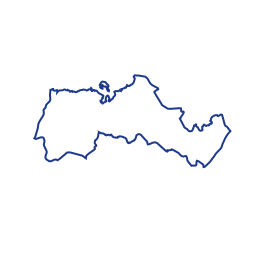 the border of Northern Ostrobothnia, rotated 56°
{"feature_id": "FIN-3180", "entity_name": "Northern Ostrobothnia", "entity_type": "Province", "adm_level": 1, "iso_a3": "FIN", "parent_name": "Finland", "parent_adm1": "", "projection": "orthographic", "projection_center": [26.371, 64.957], "detail": "fine", "context": "isolated", "style": "outline", "palette": "blue", "viewbox_px": 256, "rotation_deg": 56, "n_neighbors": 0, "source": "natural_earth", "source_scale": "10m", "svg_char_len": 5670}
<svg xmlns="http://www.w3.org/2000/svg" viewBox="0 0 256 256"><g transform="rotate(56 128 128)"><path d="M187.9,44.9L188.1,45.9L188.6,47.8L189.2,49.6L190.6,52.7L194.1,58.5L196.1,61.0L196.8,62.4L197.3,64.6L198.2,68.8L198.5,69.8L199.5,72.1L199.8,72.9L200.7,75.7L201.6,78.0L201.9,79.0L202.8,84.1L203.0,85.4L203.0,86.6L202.7,87.2L201.9,86.9L200.4,86.1L195.1,88.1L193.7,89.2L194.5,90.3L196.3,91.5L197.0,92.6L196.8,93.3L195.1,95.7L194.8,96.5L189.2,97.0L187.6,96.7L186.0,95.9L184.4,95.5L183.6,95.6L182.5,98.3L180.7,99.5L176.9,100.1L170.8,103.2L170.1,103.8L170.4,104.4L170.2,104.9L169.5,106.3L169.0,107.2L168.7,107.5L169.3,107.7L169.4,107.8L169.5,108.7L168.1,109.5L157.1,112.2L155.9,112.8L154.8,113.9L154.0,115.9L153.7,117.3L153.5,118.6L153.2,119.8L152.8,120.6L152.2,120.7L150.0,119.8L140.6,121.2L139.3,122.2L138.8,123.3L138.8,125.1L140.0,126.4L141.1,127.9L141.4,128.6L141.2,129.1L141.3,129.3L141.8,129.7L141.7,130.2L141.5,131.5L141.3,132.8L141.4,133.3L141.5,133.9L141.4,134.5L140.9,135.0L141.2,135.2L140.8,136.1L140.2,136.3L139.3,136.4L136.5,135.6L135.0,135.7L132.1,137.5L130.6,139.1L130.1,139.8L129.8,140.9L130.2,140.9L130.2,141.2L130.1,142.3L129.7,142.9L129.3,143.2L127.8,145.0L126.9,145.4L124.0,145.7L123.9,146.1L124.0,146.6L124.0,147.0L123.7,147.5L123.4,147.6L122.9,147.8L122.5,148.1L122.3,148.9L122.0,149.6L121.4,150.0L121.7,150.3L121.4,150.6L119.5,151.1L118.9,151.4L117.3,153.2L116.9,153.4L116.2,153.8L116.3,153.8L116.3,154.2L116.1,154.5L115.6,155.0L116.2,155.6L118.5,157.8L119.7,159.8L119.9,160.9L119.9,162.2L121.3,163.6L121.9,164.0L122.8,164.1L124.4,164.0L124.8,164.1L125.1,164.5L125.0,166.0L125.2,166.5L125.9,166.8L126.8,167.0L127.1,168.0L127.3,175.0L127.6,177.3L127.9,178.4L129.6,179.8L125.3,181.4L115.7,189.8L114.2,192.4L114.5,193.8L115.4,202.6L115.3,204.5L114.3,205.0L113.7,205.5L113.2,206.5L113.0,207.3L112.6,209.9L112.4,210.5L111.6,211.8L108.9,213.0L107.5,213.3L106.0,212.8L104.9,211.8L103.0,209.2L101.7,208.4L95.7,207.5L94.5,206.9L92.4,204.7L91.2,204.1L89.3,203.6L88.3,203.8L87.3,204.9L86.5,207.0L86.1,209.1L85.4,210.7L84.1,211.4L83.5,209.9L77.9,203.1L74.5,200.0L73.0,197.6L70.3,191.5L69.4,190.1L68.1,189.2L66.1,188.1L65.4,187.2L65.4,186.7L65.0,184.9L64.3,184.3L63.2,183.0L62.8,181.9L62.3,179.4L62.1,178.0L60.8,176.3L57.1,174.3L53.0,171.0L53.4,170.4L53.4,169.5L53.5,168.7L53.8,168.3L54.3,168.7L54.7,168.8L55.8,168.2L56.2,167.8L56.4,167.3L56.9,165.6L57.4,165.7L58.4,166.4L58.9,166.8L58.5,165.5L58.5,164.7L58.6,163.8L59.0,163.0L59.7,162.0L60.1,161.2L60.4,159.5L60.6,159.0L61.2,158.5L62.2,158.1L62.6,157.6L62.6,156.7L63.1,156.7L63.4,156.6L63.6,156.1L64.7,155.6L65.6,155.7L65.7,154.5L65.8,154.1L65.9,153.7L66.2,153.6L66.9,153.8L67.2,153.6L67.3,153.2L67.5,152.5L67.6,152.3L68.1,151.9L68.6,151.7L69.0,151.4L69.5,150.5L69.5,150.1L69.4,149.6L69.4,149.1L69.8,148.7L69.9,148.3L69.8,147.9L69.7,147.8L69.9,146.6L70.1,146.0L70.8,144.8L71.2,143.4L71.6,143.1L72.3,142.2L73.3,141.6L73.8,141.2L74.2,140.3L73.9,139.5L73.9,139.2L74.2,138.6L75.2,137.7L74.4,136.8L74.1,136.3L74.6,136.1L75.1,136.2L76.9,137.3L77.2,137.3L77.4,137.0L77.4,136.7L77.1,136.3L77.1,136.0L77.3,135.1L77.7,134.8L78.7,134.8L78.9,133.7L79.7,133.1L82.7,132.8L86.9,130.5L87.4,130.4L87.8,130.6L88.2,131.7L88.5,132.3L89.1,132.1L89.3,132.3L89.5,133.6L89.9,134.3L90.2,134.7L90.6,134.9L91.2,135.0L91.2,135.4L90.8,135.4L90.4,135.7L91.2,136.1L93.4,135.4L93.6,135.2L93.3,134.2L93.4,133.7L93.8,131.6L93.6,130.9L93.3,130.9L93.0,131.1L92.7,131.2L92.4,131.0L91.7,130.2L90.8,129.8L90.4,129.3L89.7,127.7L90.2,127.0L90.0,126.6L90.4,126.4L92.8,126.8L93.2,127.2L94.0,128.2L94.6,128.6L95.1,128.8L95.5,128.6L95.6,127.8L95.5,127.1L95.2,126.6L95.0,126.0L95.2,125.2L95.0,124.6L95.0,124.3L95.1,124.0L94.2,122.8L94.1,122.3L94.1,121.7L94.0,121.3L93.7,120.6L93.0,119.8L90.3,119.0L90.5,117.8L90.7,117.2L91.5,116.3L91.8,115.9L92.1,115.3L92.2,114.5L92.0,113.7L92.6,113.7L93.2,113.3L92.5,113.0L92.7,112.1L92.9,111.8L92.5,111.5L92.1,111.4L92.4,110.9L92.8,109.1L93.1,108.4L92.8,107.6L93.1,107.4L93.4,106.9L91.9,104.9L92.2,104.7L92.8,104.7L93.2,104.5L94.0,103.1L93.7,102.1L94.1,100.1L93.9,99.1L93.3,97.8L92.6,96.8L91.0,94.9L90.5,94.6L89.8,94.7L89.3,94.8L88.8,94.7L88.3,93.8L88.1,93.0L88.8,92.2L90.4,89.9L95.0,85.1L97.7,84.2L103.5,84.6L106.1,83.9L111.9,80.9L112.7,81.2L112.6,83.4L112.6,84.9L112.7,85.8L113.3,86.2L128.2,86.9L134.1,84.3L135.6,82.5L140.7,73.7L141.4,73.1L143.8,74.5L144.2,74.5L144.7,74.2L145.2,73.0L146.1,72.9L147.2,74.5L148.1,77.0L148.6,78.1L149.2,79.0L149.1,79.7L158.9,80.8L159.9,80.6L162.0,79.6L164.1,79.4L165.1,78.8L165.9,77.6L166.1,76.7L165.6,75.3L163.7,72.7L163.2,72.2L162.8,71.6L162.9,71.4L163.2,71.2L163.0,69.9L163.0,69.7L163.6,69.7L163.7,69.8L163.6,70.4L164.1,70.6L164.6,70.5L166.6,69.8L169.5,70.1L170.5,69.7L170.9,69.3L171.3,68.4L171.2,67.2L170.5,67.1L169.8,66.7L168.4,65.6L168.6,65.1L168.0,64.0L167.7,63.2L168.0,62.8L169.0,62.6L169.7,62.3L170.0,62.0L170.1,61.2L170.2,60.8L170.4,60.3L171.1,59.5L171.1,59.1L170.4,58.4L170.4,58.1L170.9,56.6L171.0,56.3L170.6,56.1L170.6,55.6L170.3,55.3L170.0,55.3L169.4,55.4L168.6,55.8L168.3,55.8L168.4,55.2L167.5,54.7L166.6,53.9L166.0,52.5L165.8,50.6L166.0,49.3L166.4,48.3L166.8,47.5L167.2,47.0L167.5,46.9L168.2,46.9L168.5,46.6L168.6,45.9L168.7,43.7L168.8,43.4L169.8,42.7L179.6,46.0L180.7,46.0L182.6,45.2L187.9,44.9ZM85.2,122.7L86.1,122.6L86.8,123.4L86.0,123.9L84.4,123.8L82.4,123.2L81.1,123.3L80.6,124.3L78.7,125.4L79.4,127.0L80.8,126.8L81.2,127.2L80.9,127.5L80.1,127.5L79.8,127.7L79.6,128.1L79.4,128.3L79.0,128.4L78.5,128.3L78.2,127.9L78.4,127.1L78.1,126.4L77.8,125.8L77.2,127.1L76.6,127.4L75.8,126.0L75.4,125.0L75.1,123.5L75.6,122.8L77.3,121.1L79.3,121.0L81.5,120.4L82.6,120.9L82.9,121.7L82.4,122.1L82.6,122.4L83.1,122.4L85.2,122.7Z" fill="none" stroke="#1e3a8a" stroke-width="2"/></g></svg>